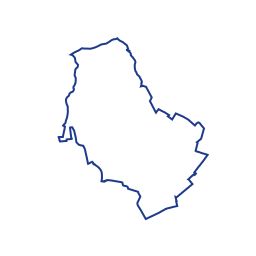 the district of Valea Lui Mihai, Bihor, Romania, rotated 330°
{"feature_id": "2599482B32986385447042", "entity_name": "Valea Lui Mihai", "entity_type": "district", "adm_level": 2, "iso_a3": "ROU", "parent_name": "Romania", "parent_adm1": "Bihor", "projection": "robinson", "projection_center": [22.134, 47.533], "detail": "fine", "context": "isolated", "style": "outline", "palette": "blue", "viewbox_px": 256, "rotation_deg": 330, "n_neighbors": 0, "source": "geoboundaries", "source_scale": "gbopen_adm2", "svg_char_len": 4286}
<svg xmlns="http://www.w3.org/2000/svg" viewBox="0 0 256 256"><g transform="rotate(330 128 128)"><path d="M191.6,158.3L191.1,158.3L190.7,158.2L190.0,158.3L188.9,158.6L187.2,159.3L186.8,158.2L184.4,151.0L183.2,148.8L181.5,145.9L180.9,145.0L176.7,139.3L170.5,142.7L168.4,137.8L170.0,137.4L167.6,132.8L166.0,130.5L163.9,127.0L163.6,127.1L163.2,127.3L162.9,127.4L162.7,127.5L161.6,127.9L161.2,128.1L159.9,128.7L159.9,126.5L160.1,124.6L160.1,123.3L160.1,123.2L160.2,121.1L160.2,120.8L160.3,119.6L160.4,117.2L160.4,115.7L160.6,115.6L163.8,113.4L164.2,101.3L163.1,100.2L162.8,99.9L162.3,99.1L161.8,99.0L161.6,98.9L160.0,98.4L160.7,97.8L161.4,97.1L161.8,96.3L162.0,95.8L162.3,95.8L162.6,95.7L163.3,94.5L163.5,91.0L163.6,88.9L162.8,86.5L162.7,85.9L163.1,83.8L162.9,82.6L163.7,79.8L165.5,76.5L167.2,74.9L167.6,74.0L167.8,72.1L167.5,70.3L167.5,69.4L167.1,67.8L167.0,67.4L166.9,66.3L166.9,66.1L167.5,65.4L167.5,62.2L166.9,62.2L166.6,61.7L166.7,61.2L167.0,61.2L166.4,60.6L166.0,60.0L166.1,59.7L167.7,59.5L168.2,56.8L168.3,55.6L167.0,52.5L166.8,52.0L166.3,50.7L165.9,50.2L164.7,48.5L163.8,46.3L163.7,45.5L163.6,45.0L163.2,45.0L162.6,45.0L161.7,44.8L160.1,44.1L159.1,43.9L158.2,43.7L155.6,43.9L153.9,44.0L151.2,44.0L148.6,43.0L146.6,42.3L143.1,42.1L141.5,42.0L140.7,41.9L138.4,41.5L135.1,40.6L133.9,39.8L132.6,39.0L130.1,37.5L127.9,35.9L124.5,36.2L123.4,36.1L120.1,35.8L117.5,35.8L115.2,35.9L115.8,36.5L116.4,37.2L117.0,40.0L117.0,40.8L116.5,42.3L116.1,43.2L115.6,44.8L116.1,47.1L116.3,48.4L115.0,49.9L114.1,50.3L112.7,50.5L111.8,50.9L111.3,51.5L110.3,52.8L109.9,53.4L109.7,53.5L108.1,55.7L107.9,56.8L107.9,57.2L107.9,57.5L107.8,58.5L106.4,60.8L104.9,62.9L104.1,63.3L103.4,64.1L102.2,64.6L101.6,64.9L100.7,66.1L100.7,67.3L99.6,68.3L98.2,68.9L96.3,68.6L95.1,68.8L94.2,69.3L93.8,69.7L92.9,70.5L90.8,70.9L89.2,71.7L87.9,73.3L87.6,74.2L86.9,76.3L86.6,78.2L86.6,79.1L86.2,80.0L85.2,81.5L84.4,83.3L83.3,84.9L82.4,86.1L81.8,86.8L80.4,88.5L78.1,90.4L76.3,92.4L74.9,92.8L74.0,93.1L73.0,93.4L73.0,93.5L73.5,94.4L73.7,94.6L74.1,95.2L73.2,96.3L72.4,97.3L69.0,101.0L67.1,103.2L66.7,103.0L65.4,102.2L64.5,101.7L63.6,101.3L63.4,101.2L63.2,101.6L63.1,103.3L63.0,103.5L62.7,103.8L62.5,104.3L62.6,104.6L62.5,104.9L62.4,105.7L66.7,107.7L68.2,108.5L69.1,107.2L73.8,109.3L74.1,108.9L74.1,108.7L74.0,108.3L74.0,107.9L74.4,107.0L77.9,98.8L78.1,98.6L79.3,99.1L80.1,99.6L80.0,101.7L80.0,103.4L79.1,106.4L78.1,109.8L78.0,110.0L76.4,114.0L76.2,114.7L76.5,115.6L76.6,116.2L76.7,116.7L76.9,117.4L77.2,118.0L77.6,118.6L78.2,119.1L79.0,119.9L79.5,120.2L79.8,120.7L80.1,121.1L80.3,121.1L80.4,121.8L80.2,122.7L80.2,123.2L80.2,123.7L79.9,125.5L79.3,127.4L78.8,128.8L77.6,132.7L76.3,136.6L75.5,138.8L75.5,139.1L79.9,139.3L79.9,139.5L80.4,140.3L80.2,140.7L80.2,140.8L80.3,141.2L80.2,141.6L80.1,142.0L80.3,142.1L80.6,142.2L80.6,142.3L80.4,142.3L80.4,142.6L81.0,142.9L81.1,143.3L81.5,144.4L82.8,147.3L83.3,150.1L83.3,151.4L83.2,152.6L82.4,154.7L81.0,157.3L80.3,158.6L78.8,160.4L78.7,160.5L78.5,160.8L78.4,160.9L78.9,161.3L79.5,161.6L80.2,161.9L81.1,162.1L80.4,162.5L80.5,162.6L81.0,162.6L81.6,162.6L82.1,162.7L82.7,162.8L83.2,162.8L83.7,162.8L84.0,162.7L86.1,164.2L88.6,166.1L90.0,167.3L94.9,171.4L95.6,172.0L95.8,172.7L95.2,174.3L95.1,175.1L95.5,175.9L96.6,176.8L97.5,177.6L97.9,178.3L98.1,178.8L98.2,179.4L97.8,180.4L97.7,180.6L98.8,181.8L104.0,187.4L104.7,188.1L104.8,188.5L104.5,189.2L104.5,189.8L104.4,193.5L101.7,195.5L99.5,197.0L98.7,197.6L98.5,197.8L98.0,199.0L97.9,199.5L97.8,200.8L97.9,202.7L98.0,206.7L97.9,215.7L106.2,216.4L109.9,216.7L112.3,216.9L114.4,216.9L116.4,216.9L118.1,217.0L120.1,216.9L121.7,217.3L122.3,217.4L124.2,218.0L125.6,218.4L126.3,218.6L126.6,218.6L128.8,219.3L131.6,220.2L133.0,215.7L133.4,215.8L134.7,211.4L135.4,212.3L155.8,208.8L154.8,202.7L154.7,202.6L160.1,201.3L160.2,201.5L161.9,201.1L162.3,202.0L164.0,201.4L163.9,201.0L163.8,200.3L163.6,200.2L163.3,199.6L163.5,199.5L163.7,199.4L163.9,199.4L164.5,199.1L166.4,198.3L168.9,197.2L170.2,196.7L171.7,196.2L172.1,196.0L177.3,193.9L180.4,192.5L183.5,191.1L182.6,190.0L180.4,187.7L179.6,186.9L178.9,186.1L177.9,184.9L177.5,184.4L176.7,183.6L175.6,182.5L175.3,182.1L175.1,181.6L180.8,175.8L180.5,174.8L185.9,173.9L189.4,170.5L193.6,166.4L193.0,163.0L192.5,159.5L192.1,158.8L191.9,158.6L191.6,158.3Z" fill="none" stroke="#1e3a8a" stroke-width="2"/></g></svg>